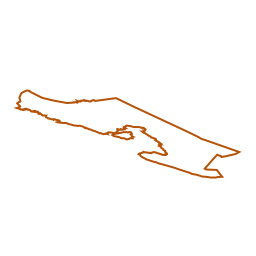 the district of Evenes nor, Nordland, Norway, rotated 22°
{"feature_id": "86288312B82996278706743", "entity_name": "Evenes nor", "entity_type": "district", "adm_level": 2, "iso_a3": "NOR", "parent_name": "Norway", "parent_adm1": "Nordland", "projection": "natural_earth1", "projection_center": [16.89, 68.51], "detail": "fine", "context": "isolated", "style": "outline", "palette": "amber", "viewbox_px": 256, "rotation_deg": 22, "n_neighbors": 0, "source": "geoboundaries", "source_scale": "gbopen_adm2", "svg_char_len": 5691}
<svg xmlns="http://www.w3.org/2000/svg" viewBox="0 0 256 256"><g transform="rotate(22 128 128)"><path d="M17.3,151.2L17.9,151.2L18.6,150.9L20.3,151.0L20.8,150.8L21.5,151.0L22.6,150.6L22.8,150.7L22.5,150.8L23.9,150.7L24.5,150.3L24.1,150.3L24.0,149.9L24.8,149.4L24.9,149.1L25.2,148.9L26.3,148.4L26.1,148.4L27.0,148.2L27.3,148.3L27.2,148.5L28.1,148.3L28.5,148.3L28.6,148.5L29.0,148.4L28.8,148.2L29.1,148.1L29.7,148.1L30.7,148.2L31.5,148.6L31.9,148.6L31.7,148.8L31.9,148.9L34.1,148.4L33.9,148.3L33.9,147.9L34.5,148.1L34.8,147.9L34.5,148.0L34.1,147.8L34.6,147.8L34.3,147.7L34.5,147.4L35.0,147.1L36.8,147.0L36.6,147.4L37.3,147.5L37.7,147.2L37.7,146.9L38.2,146.7L39.4,147.2L39.1,147.7L39.3,148.1L39.6,148.0L40.0,148.1L40.0,148.3L40.7,148.2L41.0,147.7L41.1,147.8L41.0,147.7L41.2,147.4L42.4,147.7L42.6,148.0L44.1,148.4L44.2,148.2L45.4,147.9L45.8,147.6L47.2,147.5L47.5,147.3L47.5,148.1L48.1,148.8L49.8,148.7L50.6,149.1L51.5,148.7L52.3,148.6L53.0,148.7L53.5,148.7L55.3,148.0L56.3,148.4L56.6,148.2L56.1,148.3L55.6,147.9L55.9,147.6L56.9,147.3L58.4,147.4L61.0,146.8L62.1,147.2L62.0,147.6L61.2,148.4L60.3,149.1L60.5,149.1L61.8,148.7L63.2,148.5L65.3,147.7L65.9,147.7L69.0,146.5L69.4,146.5L70.1,146.4L71.2,146.7L74.3,146.1L77.0,145.9L80.0,144.9L79.9,144.9L80.1,145.0L80.9,144.8L82.2,144.0L84.7,143.7L86.3,143.6L87.4,143.8L89.1,143.5L90.0,143.7L89.9,143.8L91.3,143.6L92.3,143.8L92.6,143.6L94.3,143.4L96.2,143.6L97.2,143.4L99.0,143.3L103.0,143.3L103.7,143.5L104.1,143.1L104.7,143.0L107.4,143.0L108.3,142.2L109.5,142.0L109.6,141.9L109.4,141.7L109.6,141.5L111.0,141.3L110.8,141.2L111.0,141.2L110.6,141.2L110.6,140.9L110.9,140.6L111.4,140.6L110.9,140.4L111.6,139.9L111.4,139.5L111.8,139.2L114.7,138.3L116.2,138.2L116.3,138.3L118.5,137.1L119.3,136.2L119.4,135.7L119.0,135.7L118.8,135.5L119.8,133.9L119.6,133.8L120.0,133.1L119.8,133.0L117.7,133.2L118.1,133.0L120.1,132.8L121.9,132.3L122.1,132.0L121.9,131.9L121.6,132.0L121.6,131.8L122.1,131.7L123.2,131.8L124.2,131.3L124.6,130.9L125.7,130.3L125.8,129.8L126.0,129.7L124.8,129.7L125.0,129.4L125.7,129.1L125.3,129.0L124.6,129.2L123.9,129.1L122.9,129.1L123.5,128.9L123.8,128.5L124.7,127.9L125.1,127.2L125.6,126.9L125.6,126.6L126.0,126.2L126.3,126.1L130.5,125.2L133.4,124.9L133.8,124.5L135.0,124.2L137.5,123.1L139.6,122.7L140.4,122.8L140.3,122.7L142.0,122.1L142.5,122.1L144.4,122.5L144.6,122.6L144.8,122.8L144.5,123.1L144.2,123.1L144.6,123.4L144.4,123.7L144.1,123.7L143.8,124.0L143.3,123.9L143.7,124.1L144.3,124.6L143.0,125.5L143.2,126.0L142.8,126.1L144.4,126.6L145.9,126.4L146.6,126.7L148.5,127.0L150.0,127.3L150.4,127.5L151.3,127.4L152.2,127.5L152.9,128.1L153.5,128.1L154.2,127.8L155.6,127.8L155.9,127.9L157.1,127.6L157.7,127.7L158.5,128.6L158.0,129.1L159.1,129.4L159.9,129.3L161.8,129.5L163.5,130.0L163.3,130.1L163.5,130.3L163.3,130.4L164.0,130.6L163.6,130.7L163.4,131.1L164.3,131.3L163.7,131.4L164.0,131.4L164.1,131.6L163.4,131.7L163.9,131.7L163.8,131.8L164.2,131.8L164.5,131.5L164.8,131.5L164.0,132.3L164.2,132.9L164.1,133.0L164.6,133.0L165.2,133.0L165.8,133.3L165.8,133.6L166.7,134.1L167.4,134.1L168.7,134.5L169.1,135.2L171.0,135.2L171.4,136.2L173.6,137.0L173.7,137.3L173.4,137.4L173.7,137.7L173.8,137.8L173.7,137.9L173.2,137.9L173.7,138.0L173.5,138.4L172.9,138.5L173.2,138.8L173.1,139.0L169.7,140.1L168.8,139.8L167.7,140.1L166.2,140.0L165.0,140.4L163.0,140.2L162.5,140.5L160.9,140.6L160.4,141.0L160.2,141.3L159.6,141.6L159.6,141.8L159.2,142.1L159.2,142.4L159.0,142.6L158.0,142.7L156.7,143.3L155.8,143.3L154.8,143.8L153.9,143.7L152.5,144.4L152.3,144.3L152.1,144.3L152.3,144.4L151.7,144.7L151.2,144.5L151.3,144.3L151.2,144.3L151.1,144.5L151.6,144.7L151.2,145.1L150.5,145.4L150.2,146.0L148.7,146.9L148.5,147.1L148.0,147.9L147.6,148.1L147.6,148.3L148.4,148.1L148.8,148.2L148.8,148.3L149.3,148.4L150.2,149.3L150.7,149.5L153.2,149.8L157.8,150.2L159.7,149.9L160.6,150.0L165.3,149.6L167.2,149.2L168.7,149.4L170.4,149.3L170.6,149.2L175.4,148.6L185.6,147.5L190.5,147.3L203.0,146.4L203.9,146.7L204.8,146.6L208.7,145.7L212.7,145.3L214.6,145.3L219.4,143.8L223.0,143.0L227.9,141.1L229.2,140.1L233.6,137.9L231.2,136.7L226.1,133.6L216.3,137.1L214.4,137.0L218.5,125.2L220.7,119.4L221.1,119.5L224.6,119.2L224.8,119.3L224.7,119.5L224.8,119.7L225.4,119.9L228.9,117.8L237.5,111.8L240.1,108.6L203.0,110.3L202.1,110.5L199.5,110.5L196.8,110.0L181.7,109.0L127.3,106.2L105.7,104.8L87.4,115.2L85.6,114.9L85.3,115.2L85.3,115.5L84.5,115.9L83.8,116.5L83.8,116.9L83.3,117.5L82.4,117.8L79.5,118.1L79.2,118.6L79.0,118.8L77.8,118.7L77.7,118.5L76.9,118.5L76.9,118.8L77.1,118.9L77.0,119.2L76.6,119.3L76.2,119.2L75.8,119.6L75.1,119.7L74.9,120.2L74.3,120.4L74.4,120.7L74.2,121.1L73.5,120.9L73.3,121.1L73.4,121.4L73.1,121.6L72.1,121.9L70.9,121.9L71.2,122.2L71.7,122.1L71.6,122.4L71.0,122.3L71.6,122.8L71.7,123.0L71.4,123.2L71.4,123.5L69.3,123.8L68.7,124.3L68.6,124.5L67.8,124.6L67.8,124.9L62.1,127.7L49.0,130.4L37.7,132.1L36.0,132.1L23.1,131.0L22.8,130.5L20.2,131.1L19.3,131.9L16.2,135.3L16.0,136.5L15.9,140.6L17.4,142.3L17.8,143.1L18.2,143.6L18.0,144.2L17.2,144.7L16.7,145.3L16.0,146.6L20.0,148.4L19.9,148.8L19.1,149.4L18.1,150.6L17.3,151.2ZM132.8,131.0L131.7,130.9L130.2,131.6L130.1,131.9L129.8,132.1L127.8,132.4L127.3,132.8L125.7,133.4L123.7,134.7L123.3,135.1L121.3,136.2L121.0,136.7L119.5,137.4L117.3,138.8L116.2,140.2L116.1,140.4L117.9,140.8L123.7,139.7L124.9,140.0L126.7,139.7L127.2,139.2L128.6,139.0L131.1,139.1L131.5,138.9L131.7,138.6L133.2,137.7L133.7,136.8L134.3,136.3L135.8,136.0L135.7,135.9L135.8,135.8L135.5,135.7L135.4,135.5L135.7,135.0L135.5,134.8L135.7,134.6L135.7,134.4L136.0,134.2L134.3,134.0L133.9,133.6L133.9,133.2L133.1,132.9L133.6,132.5L133.3,132.3L133.6,131.8L133.5,131.7L133.9,131.5L132.1,131.7L132.9,131.2L132.8,131.0Z" fill="none" stroke="#b45309" stroke-width="2"/></g></svg>